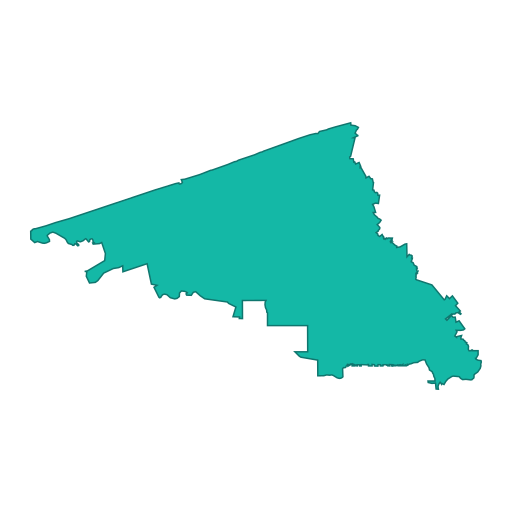 the district of Cárdenas, Tabasco, Mexico
{"feature_id": "50627088B51271489460916", "entity_name": "Cárdenas", "entity_type": "district", "adm_level": 2, "iso_a3": "MEX", "parent_name": "Mexico", "parent_adm1": "Tabasco", "projection": "orthographic", "projection_center": [-93.625, 18.169], "detail": "fine", "context": "isolated", "style": "filled", "palette": "teal", "viewbox_px": 512, "rotation_deg": 0, "n_neighbors": 0, "source": "geoboundaries", "source_scale": "gbopen_adm2", "svg_char_len": 6060}
<svg xmlns="http://www.w3.org/2000/svg" viewBox="0 0 512 512"><path d="M481.0,360.6L477.9,360.2L475.9,359.1L475.6,358.5L476.0,358.5L478.1,354.8L478.1,350.7L472.2,350.7L472.3,350.0L471.6,350.0L470.5,350.8L469.1,350.8L468.3,349.3L468.5,346.3L467.8,344.7L466.4,343.9L466.8,342.6L465.4,342.1L464.7,340.7L463.7,340.2L463.1,339.2L460.9,339.0L460.9,337.6L461.6,335.5L456.5,336.7L456.5,337.3L454.8,336.0L457.0,331.8L456.2,330.3L460.6,330.4L463.5,329.9L464.8,328.8L459.1,320.8L456.0,322.2L455.2,317.1L453.0,317.3L451.4,315.5L446.9,320.3L445.5,318.9L451.9,313.9L452.4,314.4L453.8,313.9L454.8,314.1L455.8,313.0L457.3,312.6L458.3,312.8L460.4,314.3L461.0,313.8L459.2,311.8L460.3,311.0L455.5,305.7L457.8,303.2L452.4,295.9L449.5,298.6L446.7,295.8L445.0,299.4L444.2,299.8L431.9,284.9L416.5,279.8L415.7,279.2L416.2,276.9L415.7,276.2L416.2,275.1L415.9,274.1L417.1,273.6L416.3,273.0L417.6,272.1L417.9,271.3L417.2,271.5L416.5,269.7L417.2,268.7L416.6,268.3L416.9,267.6L416.5,267.6L416.7,266.5L414.2,265.2L413.1,262.7L411.2,261.7L412.3,258.7L412.4,258.1L411.7,258.0L412.2,256.0L411.3,255.2L409.9,255.0L409.2,254.4L407.0,256.8L406.7,243.8L405.0,244.1L400.1,246.9L396.7,247.5L396.9,246.2L394.9,245.1L392.2,242.6L391.0,242.6L391.1,242.3L390.4,241.8L390.6,241.3L390.0,240.7L391.4,241.5L391.6,240.9L392.3,241.0L391.5,239.6L392.0,239.7L392.4,238.1L388.1,238.0L387.4,238.6L386.4,238.0L385.9,238.8L385.4,238.6L385.0,239.3L384.0,238.5L383.7,238.7L383.5,237.9L383.9,237.4L383.7,237.0L383.5,237.3L382.1,234.5L379.7,236.5L377.9,235.4L377.8,234.1L376.1,232.6L378.2,231.1L378.1,230.7L379.7,228.8L379.8,227.5L377.2,224.6L379.7,222.4L381.1,220.2L379.8,219.1L377.9,218.3L377.3,217.3L374.4,214.8L373.6,213.4L373.2,212.5L375.6,212.4L373.9,206.7L372.6,204.4L375.5,203.1L378.4,203.5L379.6,195.2L377.9,195.3L377.7,193.2L376.8,192.4L375.6,192.7L374.4,191.9L373.9,190.1L372.6,189.9L373.5,182.6L373.2,182.5L372.4,178.9L370.7,178.6L369.0,176.3L366.0,177.9L365.8,176.2L360.8,167.3L360.2,167.7L360.1,166.6L360.7,166.3L359.1,162.5L355.6,164.0L354.7,161.9L353.8,162.1L353.2,158.8L349.9,158.7L349.7,158.2L349.7,156.9L350.6,156.3L355.0,138.0L353.4,137.8L358.4,135.5L357.7,135.5L355.1,133.2L356.4,130.1L357.4,129.3L358.4,127.4L355.1,125.7L350.9,125.1L350.7,122.8L335.4,126.9L328.3,129.0L326.8,129.8L319.5,131.5L317.9,133.6L315.8,133.5L310.0,134.8L299.0,138.4L263.7,151.1L262.2,151.9L260.1,152.4L254.6,154.8L238.4,160.2L236.6,161.3L234.5,161.7L227.8,164.5L212.0,170.1L210.7,170.3L199.4,174.7L184.8,179.2L181.3,179.6L182.4,182.4L181.5,183.5L179.8,184.1L179.0,183.7L178.9,182.9L175.6,183.6L155.5,189.8L69.1,218.7L55.5,222.6L46.1,225.8L35.7,228.7L34.1,228.8L32.3,229.6L32.0,230.5L30.7,231.2L30.8,239.1L34.7,242.6L37.5,241.5L42.4,243.1L44.4,243.3L46.5,242.8L49.5,241.4L49.4,239.6L47.4,236.3L47.2,235.4L49.9,233.1L52.8,232.1L55.9,233.2L64.7,238.3L66.0,239.6L67.5,242.5L68.4,243.5L71.9,244.5L72.7,245.3L73.9,245.3L74.9,243.7L76.0,244.1L77.7,245.8L78.7,245.5L78.6,244.5L76.8,243.1L76.6,241.4L77.3,240.9L80.1,241.8L80.7,241.7L83.1,240.7L85.6,238.7L86.1,238.9L88.6,241.9L89.5,241.5L89.9,239.5L91.5,238.8L92.3,239.0L92.9,240.0L93.1,241.8L94.4,242.9L94.1,243.4L92.8,243.2L93.2,244.1L99.5,243.6L101.7,242.5L105.4,253.5L104.7,260.6L87.4,270.9L84.7,271.4L86.8,271.7L86.3,276.3L89.5,283.0L95.3,282.4L97.8,280.6L103.7,273.1L113.3,268.5L118.8,267.6L122.7,265.8L122.9,271.8L147.1,263.7L151.4,284.1L157.0,285.3L154.0,287.3L158.9,297.2L159.6,297.8L160.8,297.4L160.9,296.9L162.6,294.7L164.5,294.1L167.0,294.7L170.3,297.7L174.7,298.9L177.0,298.4L179.3,296.6L179.5,293.0L181.4,291.0L184.6,291.3L186.6,292.2L187.3,292.8L186.1,293.8L186.3,294.5L186.6,295.1L188.0,295.2L191.3,295.3L193.3,292.3L195.7,291.7L200.3,295.8L204.7,298.8L227.4,302.0L228.6,303.4L235.9,307.0L233.0,316.7L239.6,317.0L239.3,318.5L242.5,318.6L242.4,300.5L266.0,300.4L265.2,302.0L265.0,304.7L265.5,307.7L266.6,309.9L266.8,312.2L267.5,312.8L267.5,325.6L307.6,325.6L307.7,351.8L294.9,351.8L299.3,356.2L300.9,357.2L317.7,360.1L317.8,375.8L323.9,375.7L326.7,374.9L329.5,375.2L331.8,374.9L333.2,375.4L337.1,377.8L339.3,378.4L340.9,378.2L342.6,377.2L342.9,376.7L342.6,368.7L343.6,367.6L344.9,367.7L345.7,367.3L346.2,366.1L347.1,365.3L347.6,363.7L347.8,365.9L348.3,365.9L348.4,364.6L348.9,364.6L348.4,365.9L349.4,365.4L349.4,364.8L350.5,363.9L351.0,364.0L351.0,364.5L351.6,364.1L351.6,364.4L352.1,364.4L352.1,365.9L352.4,365.9L352.5,363.9L352.9,364.0L352.9,364.5L353.4,364.5L353.4,365.9L353.9,365.9L353.8,364.6L354.3,364.6L354.3,365.9L355.0,365.9L355.0,365.4L355.4,365.3L356.0,365.4L356.0,365.9L356.0,364.9L356.9,364.8L356.9,365.9L357.4,365.9L357.5,364.7L359.6,364.8L359.6,365.9L360.3,365.9L360.4,364.4L360.7,365.9L361.2,365.9L361.2,364.6L367.9,364.9L367.9,364.5L368.5,364.5L368.5,365.9L372.1,365.9L372.1,364.4L374.4,364.7L374.5,366.0L377.9,366.1L378.0,364.6L380.5,364.7L380.4,365.9L382.9,365.9L383.1,365.8L383.0,364.7L383.8,364.7L386.8,364.7L386.8,365.2L387.9,365.2L387.8,365.8L389.5,365.9L389.4,364.5L391.4,364.6L391.4,365.9L391.8,365.9L391.7,364.7L392.1,364.7L392.1,365.9L392.4,366.0L392.4,364.7L392.9,364.7L392.9,365.9L393.8,365.8L393.6,365.1L394.0,365.0L394.2,365.8L395.9,365.8L396.0,365.2L397.3,365.5L397.6,365.1L398.0,365.8L399.2,365.8L398.8,365.0L399.0,364.9L399.7,365.8L399.1,365.0L399.9,364.9L400.7,365.8L401.3,365.8L400.4,364.2L401.2,365.2L402.5,365.8L401.8,365.3L402.9,364.4L403.0,365.8L405.0,365.8L405.2,364.8L405.5,364.9L405.4,365.8L406.5,365.8L407.4,365.3L407.1,363.6L407.5,365.0L407.9,365.1L409.2,364.1L411.0,363.8L413.7,362.7L417.6,362.4L419.2,361.2L422.7,359.8L425.0,359.9L426.6,364.0L429.0,367.7L429.5,370.0L432.2,371.7L432.5,372.8L433.4,374.2L433.9,376.5L434.9,378.4L435.0,381.0L428.0,381.0L428.2,382.5L431.9,383.4L435.5,383.1L436.1,389.0L438.4,389.2L438.0,386.7L438.6,384.5L439.8,382.5L440.1,382.2L441.6,384.3L441.9,383.5L444.0,384.5L445.8,381.4L448.0,378.9L452.0,376.4L453.4,376.1L458.7,376.6L459.4,376.8L460.5,378.3L462.6,379.6L465.9,379.3L470.9,379.9L472.1,379.6L472.3,379.1L473.6,378.3L474.0,377.2L474.0,375.0L474.6,374.2L477.7,372.0L480.2,368.4L480.9,365.9L480.7,364.2L481.3,362.0L481.0,360.6Z" fill="#14b8a6" stroke="#0f766e" stroke-width="1.5"/></svg>